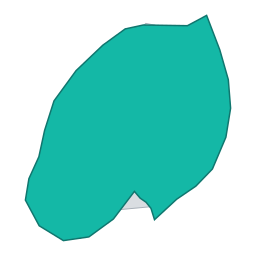 location of Saint Helena within Saint Helena
{"feature_id": "SHN-4864", "entity_name": "Saint Helena", "entity_type": "state/province", "adm_level": 1, "iso_a3": "SHN", "parent_name": "Saint Helena", "parent_adm1": "", "projection": "equal_earth", "projection_center": [-5.718, -15.959], "detail": "fine", "context": "in_parent", "style": "filled", "palette": "teal", "viewbox_px": 256, "rotation_deg": 0, "n_neighbors": 0, "source": "natural_earth", "source_scale": "10m", "svg_char_len": 592}
<svg xmlns="http://www.w3.org/2000/svg" viewBox="0 0 256 256"><path d="M169.0,205.0L35.7,217.4L46.7,123.7L145.8,23.4L212.8,36.5L216.8,151.8L169.0,205.0Z" fill="#d9dde1" stroke="#a8b0b8" stroke-width="1"/><path d="M125.2,28.9L143.3,25.0L187.4,25.7L206.6,15.4L219.8,49.9L228.3,79.6L230.6,108.2L225.9,137.2L212.4,169.0L195.9,186.1L176.7,199.2L154.5,219.7L151.0,208.4L146.0,202.2L140.2,198.2L134.4,191.4L113.4,219.0L88.9,236.9L63.4,240.6L39.2,225.8L25.4,200.1L28.9,178.7L38.9,156.7L44.6,130.4L54.0,100.9L76.1,70.6L102.8,45.2L125.2,28.9Z" fill="#14b8a6" stroke="#0f766e" stroke-width="1.5"/></svg>